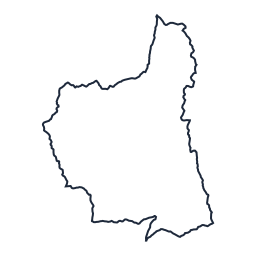 Nubi, Tongsa, Bhutan
{"feature_id": "84629894B54102574648684", "entity_name": "Nubi", "entity_type": "district", "adm_level": 2, "iso_a3": "BTN", "parent_name": "Bhutan", "parent_adm1": "Tongsa", "projection": "mercator", "projection_center": [90.45, 27.625], "detail": "fine", "context": "isolated", "style": "outline", "palette": "slate", "viewbox_px": 256, "rotation_deg": 0, "n_neighbors": 0, "source": "geoboundaries", "source_scale": "gbopen_adm2", "svg_char_len": 5776}
<svg xmlns="http://www.w3.org/2000/svg" viewBox="0 0 256 256"><path d="M157.0,15.4L156.3,16.5L157.2,19.0L156.9,21.3L156.8,24.2L156.5,25.5L155.4,27.5L155.4,29.8L154.8,31.7L154.7,33.4L154.0,35.2L154.7,37.8L153.6,40.5L152.5,44.0L152.0,44.9L151.1,45.8L150.8,46.8L150.7,48.7L150.1,51.3L150.0,52.9L149.4,55.1L149.5,55.8L149.4,56.8L149.2,57.4L149.4,58.6L149.1,60.6L149.1,63.6L147.6,64.8L147.5,65.1L147.7,66.1L147.5,67.0L147.4,68.0L146.4,69.7L146.1,70.6L145.4,72.1L144.1,71.8L143.4,71.9L141.1,74.1L140.5,74.4L139.4,76.4L135.6,78.5L134.7,78.6L132.1,78.2L131.1,78.3L124.7,79.8L122.2,80.7L121.3,81.6L119.7,81.9L117.4,83.2L116.7,83.9L114.8,85.2L113.6,86.7L112.6,86.8L110.2,85.8L109.9,85.9L108.5,88.1L107.8,88.8L107.3,89.2L105.4,88.8L102.7,88.9L101.8,88.6L101.4,88.1L100.5,86.3L99.1,85.0L98.6,83.4L96.5,80.8L95.9,80.9L95.3,81.2L93.2,82.8L91.9,83.1L90.2,84.0L89.3,84.0L86.8,86.3L86.2,86.6L85.6,86.4L83.9,85.5L82.1,84.7L81.8,84.8L80.6,86.0L79.3,86.3L78.4,86.8L76.5,86.4L75.5,87.4L75.2,87.5L74.7,87.1L74.0,86.0L73.3,85.2L72.8,85.1L71.8,85.3L71.2,85.0L70.3,84.5L68.6,82.9L68.0,82.6L67.5,82.6L66.7,83.3L65.5,83.8L64.4,85.4L61.8,87.5L60.2,88.3L59.7,88.8L59.2,90.7L59.2,93.0L59.4,94.3L59.3,95.3L57.7,98.5L56.6,101.6L57.1,102.8L56.8,103.7L57.5,104.8L58.4,105.3L58.6,106.6L57.7,107.1L56.6,108.3L56.5,109.2L57.2,110.4L57.1,111.3L56.8,112.0L56.7,112.2L55.8,112.5L54.5,114.0L53.1,114.8L52.6,115.2L52.2,115.7L52.1,116.4L51.0,119.1L50.1,119.5L49.0,120.8L45.6,121.9L44.1,122.5L43.2,123.5L42.9,124.5L43.1,125.4L43.8,126.6L44.1,127.8L44.2,128.8L44.0,130.3L44.4,130.8L46.4,132.1L48.4,133.8L49.2,134.8L49.7,135.7L49.9,136.6L49.5,138.9L50.7,140.0L51.6,141.8L51.5,142.4L50.5,144.1L50.8,145.0L51.4,145.3L51.5,145.5L51.7,146.5L51.6,147.8L51.7,148.2L52.8,148.8L53.5,149.5L53.5,152.3L53.8,154.7L54.3,155.6L55.6,156.6L55.9,157.1L56.7,160.7L57.2,161.1L58.5,161.1L59.1,161.4L59.2,161.7L59.0,163.4L59.6,164.9L59.4,166.2L59.6,167.8L60.5,168.7L62.3,169.6L62.7,170.0L63.0,173.0L62.9,173.6L62.2,174.4L62.2,174.7L63.1,175.8L63.9,176.1L64.9,177.0L66.5,180.2L67.3,181.3L67.3,181.9L66.9,183.9L65.8,186.4L70.6,186.0L71.0,186.6L71.6,187.7L72.1,188.1L73.1,188.4L75.0,188.1L76.6,187.6L77.9,187.6L79.5,187.1L81.7,187.4L84.0,188.6L84.6,189.4L86.2,190.6L86.6,191.1L87.1,192.7L88.2,193.9L89.1,194.8L89.9,194.6L90.6,195.2L90.7,195.7L90.4,198.8L90.5,200.4L91.3,202.3L93.3,205.3L93.5,205.9L93.5,206.2L92.5,207.9L92.3,208.6L92.5,211.5L93.0,213.4L92.8,215.4L92.4,217.3L92.2,219.4L91.9,220.9L92.0,221.2L92.9,221.5L93.7,222.1L95.0,222.2L96.6,221.9L98.3,221.8L100.5,221.2L101.8,221.1L102.7,220.9L104.6,221.3L106.9,221.5L108.1,221.9L110.4,221.5L111.5,220.9L112.1,221.1L113.8,222.2L117.0,222.5L117.6,222.2L118.5,221.3L119.3,220.9L120.5,220.9L121.7,221.4L122.7,221.4L124.9,219.5L125.9,219.4L127.2,219.8L128.9,220.7L132.1,221.1L134.3,222.6L135.9,222.7L138.0,223.8L138.6,223.8L139.5,223.4L141.0,221.6L143.8,219.4L145.7,219.1L149.1,217.7L152.0,217.2L153.6,216.7L154.4,216.0L154.9,216.0L156.0,216.9L155.5,219.1L155.4,219.3L153.8,219.9L152.2,221.6L150.8,223.4L150.4,224.4L150.2,225.4L150.1,227.4L148.1,231.0L146.1,237.1L146.0,238.1L146.1,239.8L146.0,240.6L146.4,240.6L147.0,239.1L148.0,237.8L150.4,236.7L151.4,235.5L153.3,234.2L154.2,233.2L155.8,232.1L156.4,231.3L159.8,230.1L160.7,229.2L161.0,229.1L162.6,229.2L164.1,229.8L165.4,230.1L168.7,231.5L169.3,231.6L170.0,231.4L170.6,231.5L173.2,233.5L174.7,234.2L178.4,236.3L179.7,236.8L180.3,236.8L181.2,235.9L182.8,235.4L183.9,234.7L184.6,234.0L185.0,233.1L187.9,232.7L189.9,231.5L190.3,231.0L190.5,230.4L191.0,230.0L192.7,229.8L193.2,229.5L196.5,229.3L196.8,229.2L197.9,227.6L198.2,226.9L200.0,226.5L202.2,225.1L202.9,225.0L204.2,225.2L205.1,225.6L206.1,225.7L207.3,226.2L207.8,226.1L210.4,224.3L212.3,223.6L213.1,223.0L211.4,219.6L211.0,218.3L211.2,213.1L211.8,212.6L211.8,212.3L210.9,211.2L210.0,209.8L210.0,209.1L209.8,208.3L209.2,207.6L209.1,205.6L208.8,204.9L208.0,204.2L207.3,203.9L207.1,202.8L207.8,197.5L208.4,195.7L208.2,194.8L207.2,194.4L206.6,193.8L205.8,192.2L204.2,190.0L204.0,189.3L203.4,188.3L203.1,186.4L202.7,185.7L202.9,184.3L202.4,182.7L202.3,182.0L202.9,180.6L202.9,180.3L202.3,179.2L200.8,177.0L200.6,175.7L198.1,170.9L198.0,169.4L197.6,168.5L197.4,167.5L197.4,167.2L197.8,166.5L197.7,165.0L197.5,163.9L197.0,163.4L197.2,161.8L196.8,158.9L197.1,158.0L196.8,155.9L196.5,152.3L195.6,151.5L195.4,150.9L194.9,150.6L193.3,150.7L191.3,152.0L190.7,151.9L190.5,151.3L190.2,149.5L190.5,147.7L190.3,147.5L189.3,144.9L189.2,143.7L189.7,140.8L190.0,138.2L189.2,137.1L189.1,135.2L188.2,134.6L188.0,134.1L188.0,132.9L188.6,131.6L188.9,130.2L187.5,128.5L187.4,126.6L187.8,125.0L189.8,120.9L189.9,120.3L186.7,120.1L184.2,120.5L183.2,120.4L182.2,120.0L181.9,119.7L181.4,118.9L181.0,117.6L181.2,117.1L182.7,114.9L183.7,112.2L184.4,110.8L182.2,107.6L182.5,105.9L182.9,105.0L184.1,103.3L184.7,101.1L185.2,100.3L185.2,99.9L184.6,99.5L183.3,97.2L183.6,95.9L184.9,94.7L184.9,94.0L184.2,93.2L183.9,92.6L183.8,90.1L184.0,89.2L184.2,88.7L185.5,87.7L186.1,86.8L186.5,86.0L187.0,85.9L188.6,86.1L189.3,86.6L191.1,87.2L191.7,87.1L193.1,86.4L193.3,84.8L194.2,81.8L194.0,81.4L193.2,80.9L191.8,79.8L191.3,78.8L190.9,77.3L191.3,76.4L192.0,75.8L192.7,74.6L193.2,73.9L194.2,73.1L195.7,72.9L195.1,70.1L195.0,68.9L195.2,67.6L195.1,66.9L196.5,64.8L196.1,64.5L195.8,64.0L195.1,61.0L195.1,59.9L194.8,59.4L194.1,58.4L192.8,57.4L191.2,56.7L190.9,55.5L191.4,53.3L192.7,52.5L193.3,51.8L193.9,50.6L192.6,48.2L192.3,47.3L192.5,46.8L192.3,46.2L190.9,44.7L190.2,44.4L190.0,43.9L189.9,42.4L190.2,41.9L190.5,40.7L189.8,39.2L188.7,37.6L186.8,35.9L185.4,33.3L183.8,31.4L182.6,30.6L183.7,28.9L185.6,27.8L185.5,26.4L184.0,24.9L182.4,23.7L181.0,23.7L177.9,24.5L173.0,22.9L170.3,22.9L167.9,24.1L167.2,24.7L165.9,25.0L165.3,24.6L164.4,24.1L162.8,21.3L160.1,17.9L158.2,16.6L157.0,15.4Z" fill="none" stroke="#1e293b" stroke-width="2"/></svg>